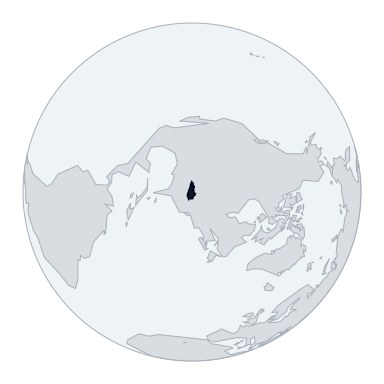 Kentucky highlighted on a globe, orthographic projection, rotated 109°
{"feature_id": "USA-3548", "entity_name": "Kentucky", "entity_type": "State", "adm_level": 1, "iso_a3": "USA", "parent_name": "United States of America", "parent_adm1": "", "projection": "orthographic", "projection_center": [-85.417, 37.822], "detail": "fine", "context": "on_globe", "style": "filled", "palette": "ink", "viewbox_px": 384, "rotation_deg": 109, "n_neighbors": 0, "source": "natural_earth", "source_scale": "10m", "svg_char_len": 11416}
<svg xmlns="http://www.w3.org/2000/svg" viewBox="0 0 384 384"><g transform="rotate(109 192 192)"><circle cx="192" cy="192" r="169" fill="#eef3f6" stroke="#a8b0b8"/><path d="M210.8,359.9L211.0,359.6L214.6,358.9L211.7,359.1L219.4,356.6L215.7,357.5L219.6,353.4L226.5,348.4L233.8,331.2L230.9,327.8L218.7,324.6L204.2,309.0L208.6,301.2L205.2,297.7L216.3,285.3L213.1,274.4L209.0,273.1L205.2,277.7L191.3,271.0L186.1,262.1L142.2,243.6L137.5,237.9L137.2,229.8L121.6,198.4L128.8,226.4L122.9,220.2L118.0,209.6L120.6,208.0L117.2,193.0L111.8,185.9L111.0,167.1L120.7,146.0L122.5,150.4L124.6,145.3L122.5,139.6L120.6,137.1L125.0,114.8L119.6,99.3L112.7,98.8L118.3,95.8L101.6,98.3L95.3,94.6L105.7,96.2L109.2,94.6L106.6,90.5L109.6,88.0L110.1,84.7L114.0,82.2L119.7,83.9L122.4,82.4L120.3,79.7L123.0,75.8L125.5,79.9L130.4,73.7L140.9,76.2L144.7,90.9L153.7,91.6L166.1,105.4L168.2,102.5L174.2,106.4L178.9,104.7L179.9,108.2L182.7,103.9L181.0,101.1L181.6,98.4L184.2,97.3L185.9,101.3L184.9,102.5L186.7,103.1L186.5,105.7L188.0,103.8L189.8,109.1L191.9,102.3L196.5,105.3L196.6,109.2L191.6,110.8L179.4,125.2L178.0,130.4L181.0,135.8L197.3,141.6L197.8,146.9L202.2,152.6L204.2,148.6L201.5,142.8L206.4,137.1L202.5,131.1L203.9,128.1L202.0,121.5L207.7,120.6L214.3,123.4L216.2,129.0L219.2,130.5L221.7,124.0L229.5,133.5L242.0,138.9L243.4,141.8L238.3,149.3L227.2,152.1L220.6,163.4L230.4,154.3L233.8,162.5L236.6,163.3L239.6,162.1L240.5,158.5L242.8,161.1L234.0,170.6L231.8,168.3L234.6,165.2L229.4,166.8L223.5,174.0L225.6,178.0L214.4,185.9L215.8,189.0L214.2,192.7L212.6,187.1L215.1,197.5L202.3,210.6L205.4,228.5L196.4,215.1L189.5,213.8L181.4,214.3L181.7,217.2L170.5,214.9L160.9,220.6L158.3,234.6L162.9,245.4L175.3,246.3L178.6,240.6L187.5,239.3L182.0,254.9L197.7,256.7L196.7,267.9L201.3,273.3L209.0,271.3L216.9,273.2L222.2,266.3L231.0,261.6L231.6,270.3L236.1,261.5L241.2,264.8L258.3,260.5L257.1,262.9L271.6,268.9L286.5,267.8L289.9,272.3L288.2,276.6L293.2,275.5L293.3,277.8L312.2,271.3L321.2,270.8L320.4,278.3L311.9,291.3L301.8,310.4L285.9,322.5L280.2,329.1L265.1,340.2L255.6,343.1L256.7,344.9L250.2,348.0L243.6,349.9L241.1,351.7L236.2,352.9L238.5,353.1L228.8,356.2L229.5,356.6L222.0,358.3L210.8,359.9ZM41.5,181.8L42.6,178.3L42.9,181.8L41.5,181.8ZM42.7,175.3L42.4,176.7L42.5,175.4L42.7,175.3ZM42.3,173.8L42.6,174.9L42.2,174.0L42.3,173.8ZM41.7,172.2L42.1,172.9L42.0,173.0L41.7,172.2ZM205.0,234.6L222.9,241.0L213.2,243.2L214.9,241.5L210.3,238.5L201.9,236.1L193.2,238.4L205.0,234.6ZM41.3,168.7L41.2,167.7L41.7,168.1L41.3,168.7ZM212.0,224.1L208.9,223.7L211.9,223.4L212.0,224.1ZM119.2,136.6L122.1,139.8L122.9,146.0L120.1,143.6L119.2,136.6ZM118.1,125.3L120.4,125.8L117.8,130.9L117.3,129.0L118.1,125.3ZM107.0,99.2L108.8,101.3L106.0,100.2L107.0,99.2ZM109.5,84.8L108.0,85.1L108.9,83.3L109.5,84.8ZM199.0,122.6L200.5,122.1L200.1,123.5L199.0,122.6ZM196.8,120.3L195.2,122.3L193.9,121.6L194.9,120.3L196.8,120.3ZM115.6,77.9L117.5,75.2L116.6,78.2L115.6,77.9ZM198.9,118.0L191.9,120.0L189.6,118.7L191.4,112.9L198.9,118.0ZM119.2,73.8L123.7,67.6L120.8,67.6L131.5,64.5L124.2,70.5L123.5,74.2L121.9,72.8L119.2,73.8ZM179.3,100.8L181.3,103.7L177.2,102.4L179.3,100.8ZM176.5,100.7L163.1,101.3L161.4,96.8L166.2,97.3L162.1,92.6L167.9,90.0L171.5,92.0L171.4,95.4L173.7,91.9L176.5,100.7ZM136.8,63.9L138.7,62.8L137.8,64.3L136.8,63.9ZM181.6,97.3L179.0,97.7L177.4,93.7L182.2,92.2L181.2,93.9L181.6,97.3ZM158.2,92.7L157.8,89.7L162.4,86.7L162.9,85.2L167.9,89.5L158.2,92.7ZM182.9,94.3L184.7,91.6L187.8,92.5L184.0,96.6L182.9,94.3ZM174.9,93.4L174.4,91.5L176.2,92.0L174.9,93.4ZM199.9,94.7L196.9,95.0L195.8,92.9L199.9,94.7ZM185.2,90.5L184.1,90.3L183.3,89.5L185.1,88.0L185.2,90.5ZM170.8,87.3L172.8,86.8L169.0,85.3L172.3,83.2L175.0,86.6L175.2,84.3L176.2,83.7L177.3,87.2L170.8,87.3ZM184.6,84.4L189.2,88.4L195.1,88.2L196.3,90.0L186.6,90.1L184.6,84.4ZM180.2,85.7L183.2,85.3L183.1,87.6L181.1,89.3L180.2,85.7ZM173.5,80.7L167.8,83.0L167.4,82.2L173.5,80.7ZM186.4,83.9L185.2,83.0L186.8,83.6L186.4,83.9ZM177.5,81.1L175.5,81.9L175.1,81.0L177.5,81.1ZM184.5,80.5L186.0,81.7L184.7,82.9L184.5,80.5ZM181.3,80.4L181.2,78.9L183.3,82.5L180.5,80.9L181.3,80.4ZM177.4,80.1L176.5,79.8L178.3,79.8L177.4,80.1ZM188.9,75.7L191.8,80.0L188.8,82.4L186.3,77.9L188.9,75.7ZM315.3,76.5L307.5,68.8L316.7,79.8L313.3,77.7L301.9,65.4L293.0,56.9L291.4,55.9L292.8,58.5L286.5,54.1L292.8,59.3L293.4,59.0L297.3,62.4L297.0,63.0L294.8,61.3L296.2,63.7L306.4,71.8L308.2,72.3L314.6,81.3L318.1,83.1L321.4,87.1L316.7,85.5L313.8,83.2L308.6,85.7L312.2,88.8L317.3,86.9L317.6,88.6L322.5,93.6L319.0,91.2L312.4,93.1L315.4,102.8L326.6,122.0L326.7,128.2L323.4,131.2L311.9,119.2L312.8,107.0L308.7,103.2L302.1,102.7L303.0,99.2L300.4,97.7L300.1,93.3L293.5,85.1L292.2,80.9L283.5,76.0L281.7,73.4L287.4,76.9L290.7,77.3L286.9,67.8L284.4,65.4L279.0,63.2L278.7,61.2L274.0,60.3L268.8,54.9L271.1,61.0L264.9,59.3L258.5,55.4L256.8,56.1L267.3,62.5L271.1,64.1L273.7,63.6L284.4,69.9L287.0,73.6L277.4,71.7L280.0,77.1L271.4,73.8L248.4,57.7L241.9,52.3L244.1,45.1L249.1,46.6L250.8,49.8L254.9,47.7L251.8,47.4L251.5,45.9L245.5,44.4L245.0,43.4L240.1,44.0L238.8,42.5L241.9,42.1L231.9,39.3L227.5,36.5L225.5,36.4L224.6,37.1L219.7,33.4L218.4,33.6L219.5,34.8L217.7,36.0L212.6,36.9L211.1,35.5L212.8,35.0L214.2,32.3L218.8,31.6L217.7,31.1L213.4,31.5L211.7,34.8L209.0,35.7L209.1,33.9L208.8,34.6L207.1,34.7L204.0,33.6L203.6,35.6L185.9,39.8L178.2,38.7L180.2,36.3L166.4,39.2L158.8,38.6L159.8,39.6L153.9,42.3L156.2,42.5L156.2,43.2L142.1,51.2L137.6,52.4L132.7,57.9L133.2,58.6L136.2,57.9L131.5,64.5L120.8,67.6L120.1,65.9L113.8,69.3L113.2,65.2L109.8,63.8L112.8,57.9L109.9,57.6L107.7,59.1L102.1,60.1L98.0,57.9L110.8,53.1L118.9,57.1L116.4,54.7L119.7,53.5L120.6,51.6L118.6,50.3L116.6,51.2L127.8,41.6L128.6,37.6L121.7,41.1L116.6,43.1L111.5,43.7L114.1,42.1L125.1,36.9L136.4,32.4L148.1,28.9L159.9,26.1L172.0,24.2L184.1,23.2L196.3,23.1L208.4,23.8L220.5,25.5L232.4,27.9L244.1,31.3L255.5,35.4L266.7,40.4L277.4,46.2L287.6,52.7L297.4,60.0L306.7,67.9L315.3,76.5ZM360.0,174.4L360.4,179.7L359.9,177.9L359.9,180.8L356.4,204.3L353.0,204.9L343.3,195.9L342.2,185.4L337.8,177.6L326.8,129.3L329.2,125.1L325.8,104.0L326.2,102.5L331.7,109.1L333.3,102.3L327.8,94.2L324.1,86.9L320.2,82.0L328.2,92.0L335.3,102.5L341.7,113.6L347.2,125.1L351.8,137.0L355.5,149.3L358.2,161.7L360.0,174.4ZM336.1,148.4L337.7,151.1L336.1,148.4ZM276.6,45.7L276.4,45.7L270.9,42.6L268.6,41.6L271.1,43.0L281.3,48.8L281.7,48.8L276.6,45.7ZM258.8,260.3L260.9,261.4L258.2,262.2L258.8,260.3ZM212.1,247.3L215.8,247.1L217.8,248.3L215.0,249.1L212.1,247.3ZM242.3,242.9L246.4,242.8L242.3,244.5L242.3,242.9ZM225.6,241.7L239.1,243.3L231.0,247.5L222.5,246.6L228.2,244.9L225.6,241.7ZM210.7,230.0L213.1,230.5L212.6,232.4L210.7,230.0ZM214.1,223.9L213.2,224.2L212.0,222.8L214.1,223.9ZM234.3,162.0L235.1,161.3L238.2,160.8L237.0,162.6L234.3,162.0ZM250.7,150.5L254.1,155.0L250.8,152.8L249.8,155.9L241.7,155.4L243.7,143.3L244.2,148.7L250.7,150.5ZM231.4,152.0L236.3,153.3L230.8,152.3L231.4,152.0ZM286.4,95.0L288.4,94.0L291.6,96.6L293.1,103.2L288.5,99.2L286.4,95.0ZM290.5,92.0L280.5,89.0L279.2,85.2L281.6,87.7L281.7,85.5L285.7,89.2L294.2,89.0L297.5,91.4L298.5,101.5L296.3,96.6L294.5,97.8L290.5,92.0ZM257.4,91.5L253.1,91.1L255.8,83.2L259.5,84.5L261.3,90.8L257.9,93.0L257.4,91.5ZM203.5,107.9L201.6,108.9L201.2,107.7L202.3,105.8L203.5,107.9ZM198.6,95.0L211.0,102.2L209.5,103.7L218.5,106.6L218.2,111.8L212.3,109.6L218.8,116.1L213.4,116.2L218.2,120.3L205.3,114.9L200.7,115.6L205.9,112.8L206.4,107.9L205.2,106.0L198.4,101.4L188.8,100.9L187.7,96.4L189.5,93.3L191.7,92.7L191.7,95.8L194.6,92.8L196.2,96.8L198.6,95.0ZM211.3,65.2L210.4,68.1L216.5,64.6L218.2,67.9L218.8,67.3L222.0,69.4L227.0,71.1L227.0,72.8L229.0,72.7L231.1,74.3L233.8,74.9L234.8,78.2L238.1,79.3L236.7,80.3L242.1,81.3L238.5,82.0L241.0,84.4L243.2,82.4L242.1,100.7L244.5,108.4L248.4,114.7L241.7,115.6L233.7,110.7L226.2,103.2L224.9,95.9L222.1,97.9L220.6,95.1L223.5,94.7L218.3,93.7L217.8,91.3L211.1,85.9L203.8,86.3L201.2,84.6L203.8,83.2L199.3,82.4L202.5,78.8L200.7,77.5L201.9,72.8L208.0,71.3L205.5,70.0L206.4,66.7L211.3,65.2ZM189.4,74.4L196.3,71.4L200.7,71.8L196.6,79.8L197.8,81.5L195.4,87.1L189.2,86.4L190.5,84.8L190.2,83.2L192.3,84.0L190.5,82.1L192.2,80.0L191.2,78.0L193.7,77.5L189.4,74.4ZM323.6,98.3L323.4,96.8L322.3,94.0L325.3,97.2L323.6,98.3ZM319.4,99.6L318.7,97.8L322.5,100.6L322.7,102.3L319.4,99.6ZM315.1,94.6L318.4,97.5L316.8,97.0L315.1,94.6ZM286.4,75.2L285.3,73.4L286.5,73.6L288.6,75.1L286.4,75.2ZM229.6,56.9L228.4,58.1L227.3,57.7L222.2,58.8L220.5,56.7L223.0,55.2L229.6,56.9ZM310.9,72.1L314.4,75.7L314.4,75.9L313.2,74.6L310.9,72.1ZM321.6,86.6L320.7,84.2L322.5,87.5L321.6,86.6ZM226.9,54.8L225.0,55.4L225.4,54.0L226.9,54.8ZM219.0,55.3L218.9,53.6L219.7,56.6L219.0,55.3ZM209.9,40.3L218.9,40.9L224.3,40.5L225.6,38.7L227.7,41.7L219.3,42.3L209.9,40.3ZM189.0,39.9L187.9,41.8L185.8,41.2L185.8,40.7L189.0,39.9ZM190.2,40.9L193.7,43.1L191.4,44.3L189.1,42.4L190.2,40.9ZM210.6,48.1L213.4,48.3L213.1,49.4L210.6,48.1ZM102.3,48.8L104.9,47.6L98.5,51.8L96.4,53.0L97.8,51.8L101.1,49.6L101.8,49.2L102.3,48.8ZM103.7,48.6L107.0,46.6L118.0,42.8L118.8,43.2L107.0,47.7L109.4,46.1L107.8,46.5L103.7,48.6ZM137.6,62.3L138.6,62.8L136.7,63.2L137.6,62.3ZM157.6,43.3L157.4,44.3L155.2,44.6L157.6,43.3ZM155.5,47.6L158.1,46.5L155.9,48.2L155.5,47.6ZM164.1,44.1L159.5,46.3L163.0,43.5L164.1,44.1Z" fill="#d9dde1" stroke="#a8b0b8" stroke-width="1"/><path d="M182.9,195.5L183.0,195.5L183.0,195.4L183.1,195.2L183.2,194.9L183.2,194.7L183.3,194.6L183.3,194.4L183.2,194.2L183.3,193.9L183.4,193.7L183.5,193.6L183.8,193.6L184.4,194.0L184.6,194.1L184.8,194.1L184.9,193.9L184.9,193.7L184.7,193.4L184.8,193.3L184.8,193.2L185.0,193.1L185.7,192.9L185.8,192.8L185.7,192.7L185.6,192.4L185.8,192.2L186.0,192.0L186.2,191.9L186.2,191.7L186.3,191.6L186.4,191.8L186.5,191.8L186.6,191.7L186.8,191.8L186.7,191.8L186.8,191.9L186.9,191.7L187.0,191.5L187.3,191.6L187.5,191.7L187.7,191.8L187.8,191.9L188.0,192.0L188.1,191.9L188.2,191.7L188.3,191.7L188.5,191.6L188.8,191.5L189.0,191.8L189.1,191.7L189.1,191.8L189.3,191.8L189.3,191.7L189.4,191.4L189.5,191.3L189.6,191.2L189.8,191.1L189.7,190.9L189.8,190.9L190.0,191.0L190.0,191.3L190.3,191.4L190.5,191.5L190.7,191.4L190.8,191.4L190.9,191.0L190.9,190.9L191.0,190.8L191.0,190.7L191.3,190.7L191.5,190.5L191.5,190.2L191.8,190.1L192.0,189.9L192.0,189.7L191.9,189.5L191.9,189.4L192.0,189.3L192.4,189.3L192.5,189.4L193.0,189.2L193.4,189.1L193.4,188.9L193.5,188.8L193.4,188.8L193.2,188.8L193.3,188.7L193.3,188.4L193.2,188.3L193.3,188.3L193.5,188.2L193.8,188.3L194.1,188.2L194.3,188.3L194.5,188.4L194.5,188.5L194.7,188.8L194.7,189.0L194.8,189.0L195.1,189.2L195.3,189.1L195.5,189.2L195.6,189.3L195.8,189.5L196.0,189.6L196.1,189.4L196.3,189.3L196.5,189.4L196.6,189.5L196.8,189.5L197.0,189.6L197.3,189.6L197.3,189.4L197.5,189.3L197.7,189.2L197.8,189.2L197.8,189.3L197.9,189.6L198.0,189.7L198.2,189.8L198.3,189.8L198.4,190.0L198.5,190.0L198.5,190.3L198.6,190.5L198.5,190.8L198.4,190.9L198.5,190.9L198.6,191.2L198.7,191.3L198.8,191.4L198.9,191.5L199.0,191.7L199.0,191.8L199.2,192.0L199.3,192.2L199.3,192.3L199.5,192.4L199.6,192.5L199.9,192.7L200.0,192.7L199.2,193.5L198.5,193.8L198.4,193.9L198.4,194.0L198.1,194.3L198.0,194.5L197.7,194.8L197.4,195.0L197.1,195.1L196.9,195.2L196.8,195.3L196.7,195.3L196.3,195.4L196.2,195.5L192.7,195.5L192.0,195.5L190.9,195.5L190.5,195.5L190.1,195.5L189.5,195.4L189.4,195.4L186.3,195.4L186.2,195.3L185.7,195.3L185.8,195.4L185.8,195.6L185.8,195.8L182.5,195.7L182.6,195.4L182.8,195.4L182.8,195.5L182.9,195.5ZM182.3,195.7L182.2,195.7L182.3,195.5L182.3,195.7Z" fill="#0f172a" stroke="#020617" stroke-width="1.5"/></g></svg>